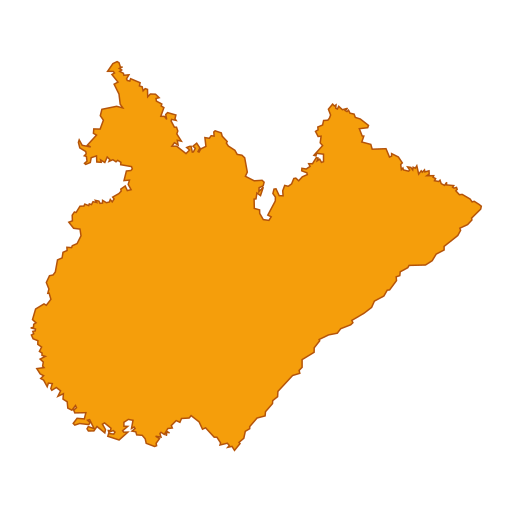 the district of O.R.Tambo, Eastern Cape, South Africa
{"feature_id": "47623444B2401151093158", "entity_name": "O.R.Tambo", "entity_type": "district", "adm_level": 2, "iso_a3": "ZAF", "parent_name": "South Africa", "parent_adm1": "Eastern Cape", "projection": "albers", "projection_center": [29.004, -31.416], "detail": "fine", "context": "isolated", "style": "filled", "palette": "amber", "viewbox_px": 512, "rotation_deg": 0, "n_neighbors": 0, "source": "geoboundaries", "source_scale": "gbopen_adm2", "svg_char_len": 5981}
<svg xmlns="http://www.w3.org/2000/svg" viewBox="0 0 512 512"><path d="M117.1,61.6L112.9,63.6L107.6,71.3L113.3,71.4L114.5,73.0L111.9,74.5L118.0,82.1L114.1,84.2L119.0,94.1L120.2,104.2L122.8,107.9L116.6,106.3L101.9,109.3L100.3,115.7L103.4,120.2L100.1,129.1L93.8,128.9L93.4,133.3L96.5,135.1L87.4,145.1L90.7,147.0L82.2,145.3L79.2,139.9L78.4,142.4L79.8,147.9L85.7,151.5L86.2,153.8L84.3,155.8L86.4,156.4L87.0,161.2L84.5,163.3L85.7,164.4L90.3,162.5L91.2,157.7L96.5,155.9L96.8,162.0L101.2,162.3L100.6,159.9L104.8,162.5L107.2,157.0L109.8,159.5L109.0,161.4L112.9,159.7L116.0,161.8L117.7,160.3L120.9,162.3L120.7,164.7L131.5,166.6L132.3,168.9L130.9,170.5L126.4,171.0L124.0,180.6L129.5,180.1L128.2,184.4L131.1,189.7L127.3,190.6L125.2,186.0L120.8,189.1L121.2,191.1L119.0,193.5L112.7,197.1L114.1,199.0L112.2,201.9L110.3,199.5L109.4,202.0L106.4,202.7L102.6,200.4L102.5,203.1L100.0,203.4L98.9,201.1L95.4,200.4L96.7,202.5L93.0,201.7L91.5,204.6L89.3,203.9L88.7,205.6L84.8,204.1L83.9,206.1L80.0,206.2L76.1,212.5L74.4,212.0L72.2,215.2L72.4,220.8L68.8,222.2L73.6,228.3L80.0,229.1L81.0,235.8L77.1,243.6L72.3,245.7L71.6,247.6L66.9,247.3L67.1,250.5L63.0,252.3L62.1,257.9L57.5,259.9L55.3,272.0L53.0,275.0L49.5,275.7L46.3,282.5L48.9,289.0L47.8,293.3L49.1,293.2L50.9,299.3L46.3,305.3L44.0,303.9L35.6,309.0L32.5,319.6L36.0,322.8L33.7,324.3L33.5,327.3L30.7,327.9L35.5,329.0L35.2,330.9L32.8,331.4L33.7,333.8L31.4,335.0L33.1,338.8L37.9,340.7L37.8,344.4L41.6,347.0L39.4,351.4L42.0,353.0L42.0,355.4L45.3,356.4L40.1,359.1L43.3,362.0L42.6,366.1L44.0,367.6L36.8,368.6L40.2,373.9L43.6,375.7L40.7,378.5L43.6,380.1L47.2,386.7L48.4,383.1L52.3,383.6L50.8,388.6L51.8,390.3L56.3,387.5L60.6,390.8L57.9,396.3L63.4,393.7L63.0,399.1L67.2,401.8L67.8,408.1L71.9,410.2L75.5,405.5L76.5,407.7L73.7,410.1L74.8,412.9L85.9,412.7L84.3,418.9L77.1,418.3L73.2,423.4L74.8,425.1L79.6,423.5L88.8,424.6L90.0,422.6L87.5,420.2L89.6,419.6L94.1,428.6L88.3,426.6L87.0,428.8L88.4,431.0L93.9,430.9L97.0,426.5L104.8,432.9L105.5,429.6L102.4,424.2L104.5,422.9L111.0,428.2L110.5,430.6L108.3,430.5L108.8,432.2L113.3,430.6L115.0,432.1L113.7,434.1L108.6,433.5L107.8,436.3L119.1,440.0L127.9,432.1L123.7,432.2L122.6,430.7L127.7,426.4L123.9,426.2L123.9,422.3L128.3,419.4L133.0,420.3L131.5,428.5L134.1,427.0L135.1,428.5L132.0,431.1L135.8,431.8L136.7,434.9L142.2,435.3L145.2,438.8L146.2,443.3L154.6,446.5L156.6,445.7L156.1,443.3L159.5,438.6L155.6,436.2L161.0,437.1L159.9,433.5L161.0,432.3L164.3,434.4L165.4,432.6L166.4,435.8L166.9,431.8L169.6,433.0L166.3,431.1L167.8,428.5L172.3,428.0L171.3,425.5L176.2,420.6L179.9,422.3L181.5,418.5L189.2,418.0L191.1,415.6L199.1,421.9L202.5,429.2L205.6,427.8L214.2,437.2L216.9,437.2L220.6,442.9L220.0,445.0L227.3,443.2L229.3,445.5L227.8,447.3L232.0,446.4L234.5,450.4L240.0,443.6L239.0,442.4L243.8,438.3L245.3,431.3L249.7,428.7L249.7,426.6L257.1,418.0L265.1,415.9L265.5,411.7L272.5,403.6L272.7,400.6L277.6,396.7L277.9,391.4L292.6,375.5L299.8,373.3L299.1,370.4L302.1,367.3L302.1,359.6L314.1,352.3L314.2,347.8L319.7,340.8L319.1,339.5L328.6,334.9L337.3,333.2L340.7,328.7L350.7,324.8L352.9,322.7L351.8,320.4L364.2,313.1L371.6,307.4L374.4,301.1L383.9,296.0L387.2,290.2L389.6,289.9L396.5,280.6L396.2,276.8L399.8,275.6L400.2,271.8L407.8,267.7L409.1,265.4L425.5,265.0L432.2,260.7L436.2,254.1L444.1,250.0L444.1,246.4L457.8,235.5L460.6,230.3L459.8,228.2L467.6,224.6L471.9,220.0L471.6,218.1L480.7,209.1L481.3,206.2L479.2,204.5L474.2,201.3L472.1,201.9L470.1,199.0L462.2,194.4L459.4,194.7L455.8,190.8L457.2,189.4L456.5,187.4L454.1,188.1L452.6,187.3L453.7,185.6L446.4,184.9L446.7,182.3L444.5,185.4L441.2,183.6L440.0,180.2L438.7,181.5L434.5,180.7L435.6,178.6L433.1,177.3L433.7,175.7L426.9,175.7L429.2,174.1L429.0,170.8L424.9,171.9L424.5,169.9L422.3,172.2L421.2,170.8L418.7,174.1L416.8,165.8L415.3,168.2L413.1,167.2L412.7,169.9L410.8,167.4L407.6,166.9L409.7,170.0L408.6,171.2L403.4,169.9L402.9,168.0L401.4,169.6L400.7,164.5L402.3,162.9L398.4,157.0L391.6,153.6L391.6,156.1L389.5,157.1L386.0,148.7L372.2,149.2L370.8,144.4L361.8,142.0L363.8,136.1L362.2,136.0L359.3,128.7L367.7,127.7L368.5,125.4L360.3,119.0L355.3,117.4L354.1,114.1L350.0,113.2L348.5,110.2L347.0,111.6L345.1,110.5L347.6,108.3L342.4,109.7L338.7,106.3L337.4,109.0L335.7,108.2L336.0,104.9L334.4,106.0L332.6,104.1L328.4,109.2L330.6,115.0L329.4,118.2L327.8,120.2L323.6,120.5L322.6,125.0L317.8,127.0L318.1,129.8L315.5,131.4L318.1,136.5L321.1,136.2L320.2,142.8L322.6,145.6L313.9,155.3L315.9,155.9L316.7,153.3L323.5,154.2L323.5,161.7L321.5,162.4L319.7,159.2L317.2,160.8L318.1,158.1L316.3,157.6L312.5,163.7L308.7,163.7L310.1,166.4L306.2,169.0L301.9,168.3L301.7,170.8L306.9,172.8L307.3,174.6L302.3,176.8L298.7,180.8L295.8,178.1L293.8,178.5L291.6,183.9L288.2,186.3L284.7,185.4L282.7,190.8L283.1,195.8L279.2,195.7L276.0,188.8L274.0,189.1L272.9,193.5L275.4,197.1L275.3,201.0L267.8,215.1L271.2,216.8L268.9,220.4L263.3,219.6L259.7,213.4L259.6,209.9L254.3,208.4L254.1,199.1L256.0,198.9L256.9,193.0L260.5,195.6L263.3,187.2L258.9,191.6L259.1,187.7L263.2,185.8L264.1,182.2L262.1,180.3L254.2,180.8L245.4,176.3L247.3,172.1L244.7,157.8L241.9,155.2L237.2,154.4L234.9,150.3L228.3,146.0L226.4,143.1L227.2,141.5L222.2,136.2L221.3,132.9L215.1,130.8L213.8,132.0L214.1,136.1L211.2,135.7L209.3,138.3L204.9,137.6L205.9,146.4L200.8,148.9L199.0,152.1L198.0,151.6L199.9,148.0L196.7,143.2L193.0,146.2L195.3,148.3L193.4,151.9L192.3,152.1L191.1,146.3L189.5,146.4L186.7,147.5L189.6,150.0L186.0,153.6L176.6,146.2L171.9,146.2L174.4,142.7L178.1,145.0L177.3,140.3L181.4,141.2L176.8,133.9L177.8,131.0L176.5,127.2L174.4,127.2L171.1,121.0L171.6,119.4L176.1,120.4L175.0,118.7L175.9,115.0L167.6,112.6L165.7,114.5L166.7,119.4L164.5,116.4L160.8,116.3L163.9,107.6L161.2,106.0L161.8,104.0L156.4,101.1L156.0,98.5L159.1,97.7L155.5,94.2L150.4,94.0L147.7,96.8L147.5,89.4L145.2,88.6L143.1,90.8L142.2,86.8L139.4,85.9L140.1,82.7L130.6,78.7L129.8,81.1L127.3,80.5L126.5,78.9L128.9,74.8L123.9,75.3L123.4,73.3L119.7,71.4L121.7,70.0L119.3,68.4L122.6,66.9L120.5,67.3L119.0,62.7L117.1,61.6Z" fill="#f59e0b" stroke="#b45309" stroke-width="1.5"/></svg>